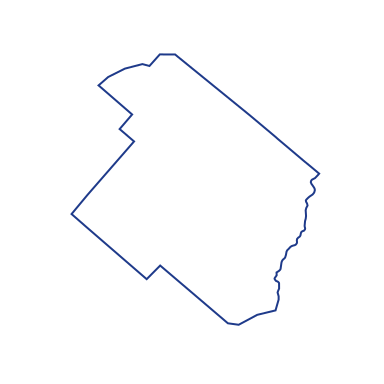 Jackson, Florida, United States of America, rotated 40°
{"feature_id": "52423323B29299909449407", "entity_name": "Jackson", "entity_type": "district", "adm_level": 2, "iso_a3": "USA", "parent_name": "United States of America", "parent_adm1": "Florida", "projection": "orthographic", "projection_center": [-85.035, 30.783], "detail": "fine", "context": "isolated", "style": "outline", "palette": "blue", "viewbox_px": 384, "rotation_deg": 40, "n_neighbors": 0, "source": "geoboundaries", "source_scale": "gbopen_adm2", "svg_char_len": 1504}
<svg xmlns="http://www.w3.org/2000/svg" viewBox="0 0 384 384"><g transform="rotate(40 192 192)"><path d="M90.7,97.5L78.9,107.3L78.4,122.8L71.8,125.9L61.3,140.6L53.9,157.7L51.9,170.4L96.3,171.1L96.1,190.3L115.1,190.5L113.8,261.2L113.9,286.3L133.1,286.7L213.3,287.9L214.9,268.8L303.9,269.5L313.1,263.7L320.9,244.2L332.1,229.0L329.5,223.2L327.5,218.7L325.4,216.2L322.2,214.0L321.7,212.9L320.8,210.0L317.5,206.1L317.0,205.7L316.0,205.5L314.9,205.6L313.7,206.1L311.9,205.8L311.0,205.4L310.7,204.8L310.4,201.4L308.5,199.3L309.3,196.7L309.5,195.0L309.3,194.0L306.0,188.7L305.4,187.4L305.1,185.6L305.5,183.2L305.4,182.2L304.4,179.8L302.7,176.8L302.4,175.3L302.6,173.6L302.7,170.8L303.1,169.4L304.0,167.9L304.9,166.7L305.3,165.7L305.3,164.9L305.2,163.8L304.7,162.9L303.5,161.8L302.7,160.5L302.7,158.7L303.0,157.8L303.2,156.6L303.0,155.6L302.5,154.7L301.8,153.4L301.5,152.3L301.8,151.0L302.6,149.8L302.6,148.1L302.1,147.2L301.6,146.8L300.9,146.3L300.4,145.9L300.0,145.5L297.3,141.6L296.3,139.4L294.8,137.1L290.8,132.9L289.8,130.8L289.2,128.1L287.6,126.9L285.6,126.1L284.6,125.2L284.5,124.2L284.7,121.7L285.0,119.9L286.0,116.4L286.0,114.5L285.8,113.5L284.9,111.6L284.0,110.8L282.8,110.2L279.2,109.2L278.3,109.0L276.8,108.2L276.4,107.6L276.0,106.6L276.0,105.4L277.3,102.3L277.6,97.8L277.6,96.2L277.4,96.2L269.2,96.2L267.9,96.2L266.9,96.2L266.5,96.2L258.7,96.3L257.6,96.3L256.6,96.3L223.3,96.2L221.0,96.1L220.9,96.1L220.1,96.1L186.5,96.1L94.4,97.5L90.7,97.5Z" fill="none" stroke="#1e3a8a" stroke-width="2"/></g></svg>